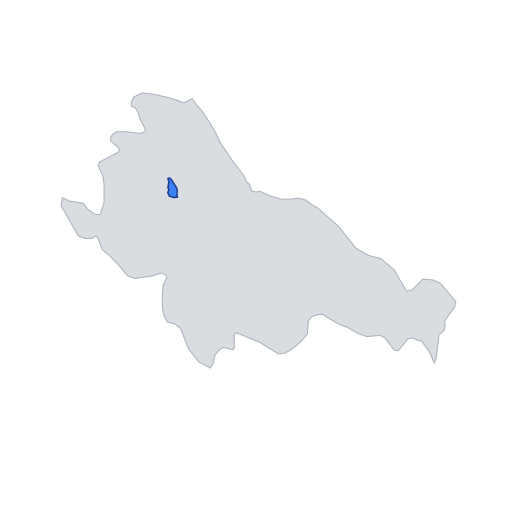 Žiri highlighted on a map of Slovenia, rotated 47°
{"feature_id": "SVN-1021", "entity_name": "Žiri", "entity_type": "Municipality", "adm_level": 1, "iso_a3": "SVN", "parent_name": "Slovenia", "parent_adm1": "", "projection": "natural_earth1", "projection_center": [14.104, 46.045], "detail": "fine", "context": "in_parent", "style": "filled", "palette": "blue", "viewbox_px": 512, "rotation_deg": 47, "n_neighbors": 0, "source": "natural_earth", "source_scale": "10m", "svg_char_len": 2038}
<svg xmlns="http://www.w3.org/2000/svg" viewBox="0 0 512 512"><g transform="rotate(47 256 256)"><path d="M455.7,198.6L444.4,194.6L430.8,192.9L428.3,195.1L422.9,197.3L420.2,201.2L422.4,216.5L419.1,219.1L403.7,217.6L398.7,219.4L390.4,230.0L381.8,234.5L370.9,237.7L362.9,241.6L352.7,244.9L344.0,247.0L340.6,251.6L338.5,256.8L339.1,261.8L348.0,271.6L349.3,282.1L348.4,295.0L346.4,301.8L343.0,306.4L321.2,312.3L298.6,322.8L298.1,325.2L308.5,334.6L308.9,336.9L300.4,342.3L299.6,347.6L300.6,353.8L305.2,360.2L306.8,365.9L294.4,370.0L277.5,368.5L257.6,360.6L250.6,361.7L243.8,365.8L236.9,364.1L229.3,359.2L218.5,348.9L213.3,342.7L211.1,336.0L208.2,335.0L203.7,337.0L200.1,345.1L190.1,359.6L182.8,363.5L171.7,362.7L156.1,362.9L146.4,364.1L134.5,359.0L131.7,360.0L131.6,363.4L127.2,368.7L119.9,372.2L86.2,364.3L81.5,357.8L89.1,354.7L99.6,346.3L106.8,347.2L115.6,345.5L119.4,341.9L113.9,331.3L99.9,318.2L92.5,313.2L82.3,309.9L80.5,306.4L86.2,285.7L84.5,282.7L72.9,283.7L70.1,281.6L69.2,278.0L70.0,273.1L77.9,265.0L86.6,257.9L89.0,253.9L88.7,250.8L77.5,247.6L70.7,244.4L65.4,243.3L61.7,245.1L59.0,243.0L56.3,237.1L59.0,228.1L69.1,219.7L79.9,212.3L89.3,206.9L94.8,204.5L97.4,195.3L102.9,196.2L114.1,196.7L126.5,198.8L138.0,201.4L148.2,204.7L169.5,208.1L189.0,210.2L194.8,212.1L199.6,212.0L205.5,214.8L209.0,212.6L211.5,208.9L222.1,204.5L231.8,198.7L238.6,191.3L242.5,185.5L249.1,181.4L256.3,180.2L262.8,178.2L290.3,175.4L318.6,177.6L332.0,173.5L343.1,166.5L359.3,164.5L360.1,164.4L384.4,169.8L386.2,166.7L387.3,165.3L386.7,149.8L394.3,142.8L401.4,139.8L425.6,140.8L428.8,145.5L430.1,152.9L432.4,162.7L436.4,165.4L438.7,169.3L438.3,176.1L443.1,181.2L454.3,195.0L455.7,198.6Z" fill="#d9dde1" stroke="#a8b0b8" stroke-width="1"/><path d="M141.9,265.7L152.1,267.6L153.4,268.2L154.2,268.8L155.8,270.6L156.7,271.4L159.3,273.3L157.3,276.2L153.2,278.5L149.7,277.4L149.3,277.0L149.0,276.4L148.3,275.0L147.8,274.3L147.0,274.2L145.9,273.8L142.4,269.3L139.3,267.6L139.7,266.3L140.4,266.0L141.9,265.7Z" fill="#3b82f6" stroke="#1e3a8a" stroke-width="1.5"/></g></svg>